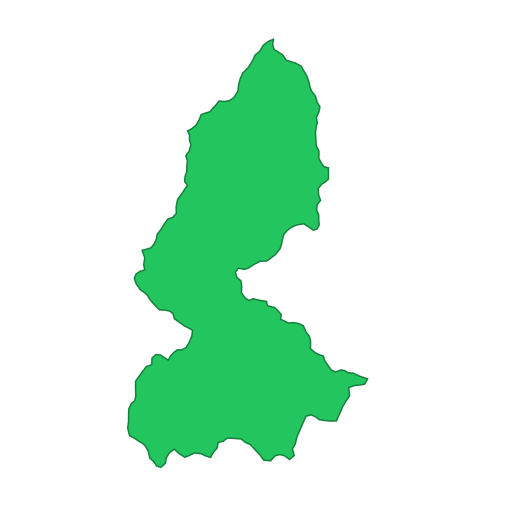 outline of Eugenópolis, Minas Gerais, Brazil, rotated 4°
{"feature_id": "56859067B20403455041132", "entity_name": "Eugenópolis", "entity_type": "district", "adm_level": 2, "iso_a3": "BRA", "parent_name": "Brazil", "parent_adm1": "Minas Gerais", "projection": "robinson", "projection_center": [-42.221, -20.998], "detail": "fine", "context": "isolated", "style": "filled", "palette": "green", "viewbox_px": 512, "rotation_deg": 4, "n_neighbors": 0, "source": "geoboundaries", "source_scale": "gbopen_adm2", "svg_char_len": 3178}
<svg xmlns="http://www.w3.org/2000/svg" viewBox="0 0 512 512"><g transform="rotate(4 256 256)"><path d="M316.9,220.8L316.1,215.9L315.6,210.4L313.3,205.9L313.4,200.6L316.5,196.0L314.3,191.1L313.3,184.3L316.6,179.7L320.1,177.2L322.9,174.2L322.5,168.4L322.1,163.0L317.6,162.2L314.6,158.7L311.9,154.1L311.5,147.1L308.4,141.7L307.5,135.4L306.7,128.4L307.0,123.2L307.8,118.8L306.6,113.5L308.6,108.3L309.4,102.8L306.3,98.4L304.1,92.3L300.0,87.8L298.1,83.7L296.8,79.1L294.3,73.1L291.2,68.6L287.7,63.4L282.0,60.8L277.7,59.8L272.6,58.6L268.5,53.5L264.2,51.1L259.8,48.8L257.8,44.1L258.2,38.6L253.1,41.2L248.6,45.3L245.2,51.8L241.1,55.6L239.0,61.3L235.3,68.4L230.2,74.1L227.8,80.5L226.7,86.4L226.5,92.7L223.1,99.2L218.7,102.9L213.7,104.1L208.3,104.0L205.2,108.6L202.4,111.9L199.9,115.4L196.2,116.7L191.5,118.7L189.6,124.7L186.8,130.1L182.5,133.9L179.0,136.0L181.3,140.0L181.5,145.0L183.3,149.6L181.9,156.3L179.0,160.9L181.0,166.0L180.7,171.6L181.1,176.6L179.7,181.3L179.6,186.6L182.7,190.2L179.7,195.3L177.4,199.5L173.9,204.8L172.9,212.5L173.5,219.2L170.0,223.4L165.5,225.3L162.6,230.0L159.0,236.7L155.9,241.2L155.3,246.6L153.6,251.0L150.6,255.2L146.7,256.7L142.0,258.4L145.1,265.3L144.6,272.6L146.0,277.6L141.3,279.5L137.7,282.2L136.1,286.8L138.5,292.2L142.8,297.6L147.1,300.2L150.6,302.9L153.2,306.9L156.5,310.2L160.1,313.5L163.5,316.5L169.2,316.3L174.1,317.1L177.4,319.6L178.8,324.2L184.0,327.4L189.1,330.5L193.3,332.3L197.9,334.6L197.6,340.2L195.6,346.3L192.8,352.1L188.1,354.9L183.9,355.1L180.6,358.1L177.6,361.9L175.8,366.0L171.5,363.7L167.7,361.5L163.0,361.3L159.4,365.0L159.6,371.6L154.2,374.0L150.8,379.4L147.3,384.8L144.6,389.4L145.1,396.9L145.9,403.5L145.1,408.8L141.8,412.0L139.7,417.7L140.0,423.9L140.4,430.0L140.0,436.6L142.4,444.0L148.1,446.6L152.2,449.1L156.1,450.9L159.2,453.6L162.2,458.6L164.1,465.0L168.4,468.3L171.6,472.5L175.8,473.4L180.0,469.2L180.7,463.3L183.4,458.4L187.8,454.4L193.3,458.6L198.9,461.7L202.8,460.0L208.3,456.8L215.0,457.1L219.6,458.9L224.7,460.1L227.3,454.6L230.6,450.3L231.2,444.7L236.3,443.0L240.2,439.6L248.0,439.5L254.1,439.6L258.1,442.5L263.7,444.7L269.3,450.0L273.8,454.1L277.9,459.1L284.9,459.3L289.1,453.9L293.8,452.4L298.7,453.4L303.7,456.7L308.0,452.4L305.8,445.9L308.2,441.1L309.4,433.8L317.0,412.3L322.3,410.6L326.6,412.3L330.7,414.9L335.6,415.3L342.8,415.4L347.7,414.9L351.6,404.3L353.0,400.2L355.4,395.3L359.1,389.1L357.7,380.8L363.4,378.3L369.0,377.3L373.1,376.4L375.9,370.8L371.6,369.7L366.9,368.4L361.0,366.0L356.1,366.1L352.7,364.3L348.9,363.6L343.3,366.2L338.9,364.3L335.6,360.3L331.9,355.7L330.1,351.0L325.9,350.1L321.6,348.2L316.8,344.7L316.4,337.3L314.9,332.4L311.4,328.6L308.0,322.2L303.2,320.4L298.1,319.8L293.1,320.6L288.8,318.9L284.9,317.2L285.3,312.7L282.4,309.7L278.3,306.1L274.4,305.6L270.8,304.7L269.5,300.5L262.9,300.0L256.2,298.8L252.3,300.9L248.0,298.6L243.9,293.4L243.9,287.2L242.7,281.8L238.4,278.7L236.5,273.5L239.4,269.3L245.2,270.2L249.2,268.6L254.2,264.8L260.7,260.8L266.9,260.3L270.7,257.3L275.4,253.0L279.5,247.1L280.6,242.6L281.2,237.9L282.2,232.6L285.3,228.5L289.2,224.9L294.1,222.3L301.4,220.5L307.1,223.7L311.5,226.3L315.1,224.6L316.9,220.8Z" fill="#22c55e" stroke="#15803d" stroke-width="1.5"/></g></svg>